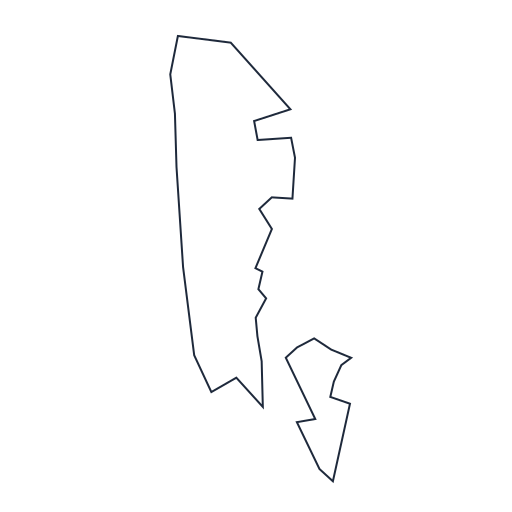 the border of Tsuen Wan, rotated 283°
{"feature_id": "HKG-5165", "entity_name": "Tsuen Wan", "entity_type": "state/province", "adm_level": 1, "iso_a3": "HKG", "parent_name": "Hong Kong S.A.R.", "parent_adm1": "", "projection": "orthographic", "projection_center": [114.074, 22.367], "detail": "fine", "context": "isolated", "style": "outline", "palette": "slate", "viewbox_px": 512, "rotation_deg": 283, "n_neighbors": 0, "source": "natural_earth", "source_scale": "10m", "svg_char_len": 656}
<svg xmlns="http://www.w3.org/2000/svg" viewBox="0 0 512 512"><g transform="rotate(283 256 256)"><path d="M320.1,278.6L316.7,258.2L302.6,248.6L285.9,265.4L244.0,258.2L242.2,265.8L224.2,265.8L217.0,275.4L195.8,269.6L178.2,275.4L154.7,285.2L110.5,296.6L133.0,264.2L113.4,243.1L145.4,218.1L228.9,187.4L324.9,158.5L376.4,145.0L413.7,131.6L452.8,130.4L458.2,183.4L406.7,256.5L387.1,223.8L369.4,231.5L379.1,263.6L360.5,271.9L320.1,278.6ZM53.8,381.6L62.7,365.8L103.3,333.2L110.5,350.4L163.6,307.9L176.2,316.6L188.8,331.2L181.7,350.4L178.2,371.6L168.9,363.7L151.1,360.1L135.4,360.1L133.2,380.8L53.8,381.6Z" fill="none" stroke="#1e293b" stroke-width="2"/></g></svg>